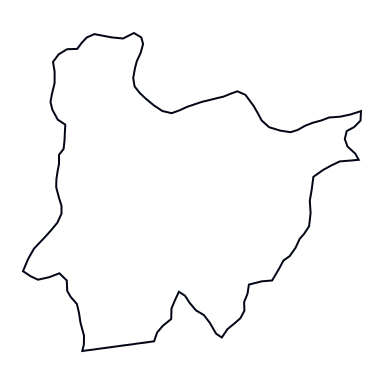 Serrana, São Paulo, Brazil (orthographic projection)
{"feature_id": "56859067B60558189940827", "entity_name": "Serrana", "entity_type": "district", "adm_level": 2, "iso_a3": "BRA", "parent_name": "Brazil", "parent_adm1": "São Paulo", "projection": "orthographic", "projection_center": [-47.608, -21.215], "detail": "fine", "context": "isolated", "style": "outline", "palette": "ink", "viewbox_px": 384, "rotation_deg": 0, "n_neighbors": 0, "source": "geoboundaries", "source_scale": "gbopen_adm2", "svg_char_len": 1614}
<svg xmlns="http://www.w3.org/2000/svg" viewBox="0 0 384 384"><path d="M133.9,33.0L123.1,38.5L111.7,37.4L102.2,35.6L94.4,34.1L86.7,37.5L81.5,43.1L77.2,48.9L67.1,49.2L58.6,54.4L53.0,61.9L54.6,71.5L54.6,83.1L51.9,94.2L50.5,102.1L52.3,109.6L57.8,119.7L65.3,124.6L64.9,131.8L64.5,140.6L63.6,148.9L59.0,154.9L59.0,164.0L57.5,171.8L56.4,179.3L56.2,187.2L58.9,197.5L61.5,205.9L61.5,213.7L57.3,222.8L50.8,230.6L45.6,236.4L34.0,248.6L28.1,259.0L23.0,271.2L30.9,276.4L38.0,279.7L49.2,277.2L59.4,273.3L66.8,280.5L67.2,290.8L70.6,296.8L76.9,304.0L79.0,313.0L80.5,322.8L84.0,335.6L83.9,344.3L82.3,351.0L154.1,341.3L157.1,332.6L162.7,325.9L171.2,319.0L171.5,308.5L175.0,300.1L178.9,291.8L184.9,295.6L189.6,302.8L195.9,310.3L203.9,315.1L209.8,322.8L216.1,333.7L221.8,337.5L227.5,329.1L235.2,322.8L240.4,318.2L244.4,310.7L244.1,302.1L247.5,293.8L248.9,284.6L261.9,281.3L272.1,280.5L279.2,268.5L283.4,260.6L289.8,256.0L295.6,247.7L299.6,239.0L304.2,233.7L309.1,226.2L310.6,213.0L309.8,200.6L311.6,190.3L313.4,176.8L323.2,169.9L330.6,165.8L339.8,161.4L350.0,160.6L358.7,159.8L355.3,153.7L347.5,146.5L344.8,139.0L346.7,131.1L354.2,127.0L360.5,120.6L361.0,111.1L350.4,114.5L340.1,116.7L329.1,117.5L321.2,120.5L312.7,122.8L305.0,125.8L297.6,130.0L290.5,132.2L280.2,130.6L269.1,127.2L261.7,120.5L257.4,112.5L253.5,105.8L245.5,94.9L237.4,91.3L229.9,94.0L223.6,96.6L216.9,98.2L208.8,100.2L201.8,101.9L195.5,104.0L187.0,106.9L179.6,110.3L171.6,113.2L162.4,111.0L154.3,105.7L145.8,98.7L139.8,93.0L134.6,86.5L133.2,78.0L135.0,68.1L136.8,61.2L140.6,53.0L143.1,44.0L141.3,37.4L133.9,33.0Z" fill="none" stroke="#020617" stroke-width="2"/></svg>